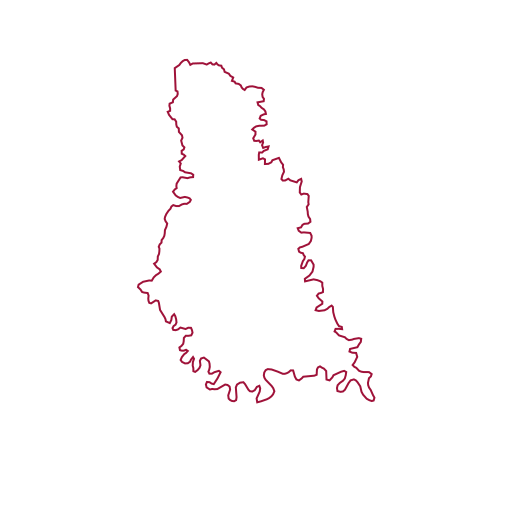 São José do Cerrito, Santa Catarina, Brazil (orthographic projection), rotated 220°
{"feature_id": "56859067B25207266953620", "entity_name": "São José do Cerrito", "entity_type": "district", "adm_level": 2, "iso_a3": "BRA", "parent_name": "Brazil", "parent_adm1": "Santa Catarina", "projection": "orthographic", "projection_center": [-50.681, -27.604], "detail": "fine", "context": "isolated", "style": "outline", "palette": "rose", "viewbox_px": 512, "rotation_deg": 220, "n_neighbors": 0, "source": "geoboundaries", "source_scale": "gbopen_adm2", "svg_char_len": 6145}
<svg xmlns="http://www.w3.org/2000/svg" viewBox="0 0 512 512"><g transform="rotate(220 256 256)"><path d="M90.6,237.6L91.5,239.9L94.8,239.7L98.9,236.3L100.9,235.1L103.2,234.3L107.3,234.8L109.5,234.3L111.9,234.6L112.1,238.0L113.6,243.8L117.0,246.1L120.1,243.8L123.0,242.9L124.2,245.3L119.7,251.3L120.3,254.5L120.5,257.6L122.2,260.2L124.4,259.2L127.6,255.5L128.7,253.6L130.8,251.2L133.4,250.7L135.7,250.9L141.4,248.5L145.5,249.0L147.3,248.7L148.2,251.3L145.7,253.5L143.0,255.3L144.7,256.8L147.4,255.6L150.3,256.5L154.4,258.4L157.1,260.0L160.7,262.6L164.4,266.4L166.2,266.6L167.1,264.0L167.4,261.4L168.6,258.5L172.5,254.3L175.5,252.8L176.5,255.5L174.5,262.0L175.9,263.8L180.8,263.9L183.8,264.7L183.9,267.5L182.5,269.4L181.5,271.4L183.4,273.8L186.0,275.7L188.1,278.2L190.5,278.0L193.6,276.9L196.9,275.1L202.1,268.1L203.9,269.9L202.5,275.4L202.7,280.3L204.9,284.7L206.3,286.4L211.0,288.1L213.0,286.4L212.7,284.0L211.5,280.5L211.6,277.3L213.6,275.9L215.0,277.4L216.8,282.2L217.0,284.7L218.1,287.0L219.9,287.3L221.9,288.3L223.8,287.3L225.8,287.0L228.2,288.7L227.9,290.8L226.4,292.9L223.3,299.1L223.6,302.7L225.1,305.7L226.4,307.2L229.3,308.5L234.6,304.8L236.3,303.0L239.5,302.8L241.9,304.1L239.9,306.9L240.4,309.7L239.7,311.7L237.0,314.3L236.3,317.2L238.3,319.1L241.1,319.9L243.2,321.4L244.9,323.2L248.6,326.2L248.9,329.4L250.6,330.9L254.2,335.9L256.4,336.5L259.5,334.5L260.8,332.2L263.3,332.8L266.6,337.0L268.9,342.5L271.0,344.1L272.2,341.4L272.1,338.6L278.4,336.0L280.9,336.0L282.2,332.6L284.0,331.0L286.0,331.3L287.7,334.7L288.7,338.5L290.5,340.2L292.5,341.3L293.9,343.3L296.9,343.9L301.5,345.9L305.0,339.9L304.5,337.6L305.8,334.5L308.3,332.2L311.2,335.8L313.5,335.3L315.7,331.6L318.9,335.3L320.1,337.4L317.8,339.2L317.6,341.5L315.6,345.2L316.8,348.0L318.7,345.6L320.0,343.4L322.6,344.8L323.5,347.5L325.1,348.8L325.9,345.8L328.0,346.3L329.6,344.4L331.4,343.1L333.8,344.4L334.5,348.7L336.3,350.9L340.2,350.5L340.0,352.9L339.2,355.4L337.2,357.9L333.5,361.1L332.5,363.7L334.5,365.9L337.2,365.3L339.7,363.6L341.6,363.7L342.5,366.4L341.1,369.5L339.7,371.2L341.8,372.8L344.2,373.4L347.0,373.1L349.2,373.4L351.3,373.1L353.6,374.7L349.6,379.5L350.9,381.5L353.2,382.1L355.2,383.9L356.2,385.8L356.8,388.4L359.8,388.3L362.7,386.1L365.4,385.0L367.8,383.7L370.0,381.6L371.6,379.0L371.4,375.9L373.5,375.6L375.3,375.9L377.3,376.9L379.9,376.7L382.6,375.1L384.4,375.8L387.0,374.7L388.2,378.1L391.4,377.5L394.0,378.2L398.4,376.9L400.5,378.4L403.1,378.4L404.9,379.5L406.9,378.2L408.7,378.0L410.5,378.4L410.9,375.9L412.5,374.8L415.0,375.1L416.1,373.0L416.8,371.0L420.7,369.5L428.2,362.8L429.2,360.2L431.7,361.3L434.8,362.0L436.6,360.3L437.4,358.2L437.7,355.6L437.5,353.0L439.0,347.7L423.9,331.1L421.9,331.6L420.1,329.8L419.3,327.7L420.0,322.6L418.5,320.3L420.1,317.2L418.9,315.4L416.7,313.9L415.1,312.0L416.3,309.7L413.3,308.2L407.9,307.1L406.2,308.4L403.5,307.6L401.6,305.5L399.7,304.1L397.2,304.1L394.8,301.5L390.3,300.9L388.3,299.3L387.5,296.3L383.4,293.4L380.7,293.2L379.9,291.2L380.6,288.8L378.6,286.6L376.6,287.2L374.4,287.1L374.6,281.6L375.7,279.0L373.1,278.5L371.9,275.5L369.3,273.1L366.5,274.3L364.2,274.5L358.9,277.6L356.3,277.9L354.9,276.0L357.0,273.9L358.5,271.6L362.9,269.1L364.3,267.7L363.3,260.4L361.9,258.3L360.4,257.0L361.0,254.8L360.9,251.9L356.5,250.8L353.9,251.0L351.4,251.7L348.5,255.5L346.0,256.8L343.9,257.5L342.0,257.1L341.5,254.9L342.5,251.5L344.6,249.8L345.9,247.9L347.1,244.7L349.3,242.9L352.1,241.8L352.6,239.5L351.9,237.2L352.1,234.4L351.7,230.6L350.8,227.5L349.8,225.7L347.6,224.5L344.9,223.8L343.4,220.8L342.4,217.3L340.4,214.6L339.2,212.5L338.6,210.2L338.5,207.5L337.0,205.5L337.2,203.0L336.4,200.5L334.7,199.6L333.0,197.4L331.6,195.2L330.9,192.5L328.8,189.8L328.4,187.2L329.1,184.6L324.6,183.6L321.2,183.9L318.9,182.9L319.4,179.7L320.3,177.0L320.6,173.9L320.0,170.1L322.1,168.6L325.9,163.7L327.5,158.6L326.4,156.3L323.0,156.1L320.1,155.2L318.1,156.1L315.2,158.0L312.8,156.6L311.2,154.2L309.6,152.6L307.6,151.5L305.9,152.3L304.3,157.5L302.0,158.7L300.3,157.7L294.8,153.0L286.8,150.4L284.7,149.4L283.0,148.0L278.9,149.2L279.7,152.5L281.5,155.4L281.3,158.8L279.1,158.0L276.5,156.2L274.2,154.0L273.5,151.7L274.1,149.4L273.6,147.1L271.9,146.2L269.9,147.5L268.6,149.5L267.9,152.6L263.0,154.8L261.8,157.5L259.6,159.2L257.3,158.0L255.3,156.4L254.6,153.6L256.6,151.3L258.5,149.8L258.6,146.9L256.5,144.1L255.3,141.9L255.3,139.1L255.9,136.7L253.7,135.0L252.0,135.8L250.5,137.0L249.3,139.2L247.2,139.4L247.3,136.7L247.9,134.7L247.8,130.9L246.9,127.9L244.6,127.3L241.3,128.1L239.3,130.0L238.6,132.6L239.2,134.8L239.3,138.1L237.4,137.4L236.2,134.2L234.0,131.3L232.0,129.9L229.9,127.5L228.1,128.1L227.4,131.1L227.4,134.1L228.3,136.6L231.6,139.6L232.2,142.2L230.6,144.7L226.8,144.9L224.3,145.0L222.3,143.6L220.1,141.3L218.8,138.9L218.1,136.8L216.1,135.9L214.1,137.6L213.2,140.2L210.6,144.2L208.4,144.2L206.8,137.4L206.0,130.7L208.1,129.7L210.4,129.5L212.6,128.0L211.8,125.4L209.4,123.6L205.5,124.1L204.1,126.0L202.2,127.2L200.1,129.2L197.0,137.7L194.9,138.9L192.3,139.0L190.0,137.1L187.7,131.4L185.3,129.2L183.3,129.0L181.2,129.5L179.4,130.7L178.6,132.8L180.1,135.3L187.0,142.4L187.9,145.3L186.8,148.7L184.5,151.2L182.0,150.8L175.9,148.7L173.8,148.5L171.7,149.8L170.7,152.4L171.2,156.3L170.0,158.7L167.7,157.3L166.0,154.5L164.0,147.3L161.0,144.7L158.7,148.0L155.6,153.2L154.6,155.6L154.0,158.4L154.0,161.0L155.0,164.2L157.8,165.8L160.5,166.5L169.1,167.4L171.4,168.2L173.3,169.6L174.8,172.1L175.2,174.8L174.3,176.9L171.1,179.1L165.0,181.4L159.7,183.0L158.2,184.3L157.1,186.0L156.3,187.9L155.9,190.7L154.0,192.2L148.7,188.6L145.7,187.4L143.1,188.3L142.3,191.7L142.2,193.9L134.4,201.8L133.2,204.0L136.4,208.3L136.9,210.5L136.0,212.6L133.9,212.8L131.6,213.4L128.3,213.0L122.6,206.7L119.7,208.0L119.5,212.1L120.0,214.5L116.4,222.1L114.6,224.7L112.3,225.1L110.6,222.3L109.2,219.2L109.2,216.3L110.2,212.7L110.4,209.5L109.1,206.9L106.8,204.9L103.9,206.3L102.3,208.1L101.9,210.7L103.4,218.1L103.6,221.5L101.7,224.4L99.6,224.9L97.2,224.6L92.4,223.2L87.9,219.8L84.8,218.6L79.5,217.8L76.5,218.4L74.1,219.3L73.0,220.9L74.2,223.6L77.1,224.7L82.0,227.1L84.9,227.9L87.1,229.2L88.7,230.8L90.9,235.0L90.6,237.6Z" fill="none" stroke="#9f1239" stroke-width="2"/></g></svg>